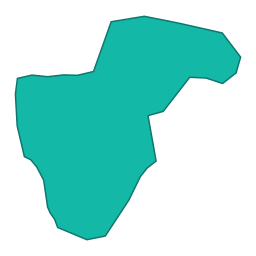 outline of Oyam
{"feature_id": "UGA-3103", "entity_name": "Oyam", "entity_type": "County", "adm_level": 1, "iso_a3": "UGA", "parent_name": "Uganda", "parent_adm1": "", "projection": "mercator", "projection_center": [32.488, 2.331], "detail": "fine", "context": "isolated", "style": "filled", "palette": "teal", "viewbox_px": 256, "rotation_deg": 0, "n_neighbors": 0, "source": "natural_earth", "source_scale": "10m", "svg_char_len": 518}
<svg xmlns="http://www.w3.org/2000/svg" viewBox="0 0 256 256"><path d="M240.6,57.1L236.1,72.9L222.6,83.5L205.9,78.0L189.7,77.3L163.2,111.4L148.0,115.6L156.1,161.0L147.2,168.0L140.3,176.7L135.7,186.1L128.9,200.0L105.3,236.0L86.9,239.7L57.7,227.5L54.6,219.3L50.3,213.2L47.6,207.1L43.7,180.2L36.7,166.9L30.7,159.7L24.4,156.7L17.2,126.0L15.4,94.1L17.4,78.4L31.9,75.1L47.8,76.7L63.7,74.9L77.4,75.3L93.5,71.5L111.2,21.7L144.3,16.3L179.4,23.3L222.3,33.0L240.6,57.1Z" fill="#14b8a6" stroke="#0f766e" stroke-width="1.5"/></svg>